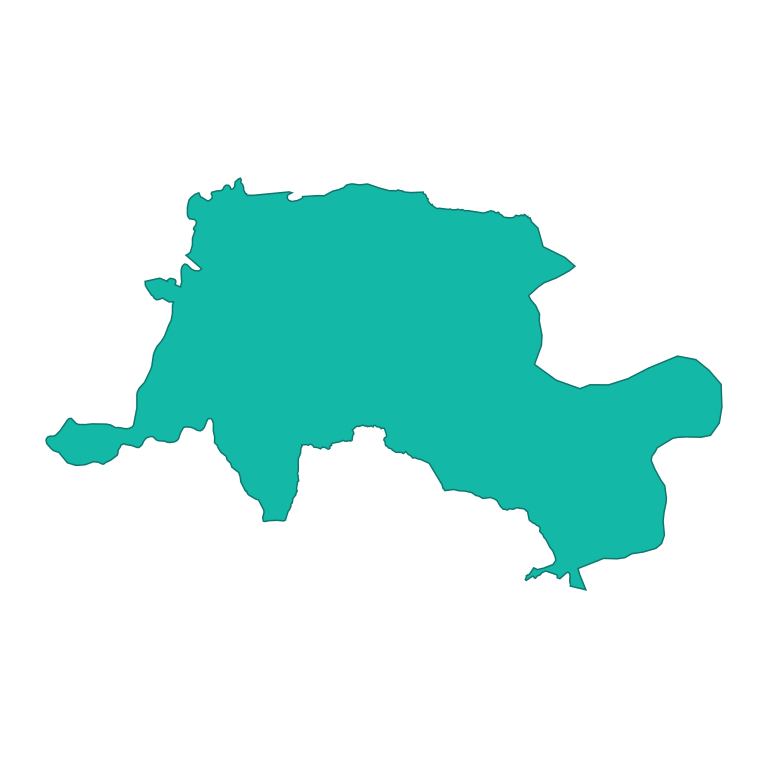 outline of Kpandai, Northern, Ghana
{"feature_id": "2480657B93484130612637", "entity_name": "Kpandai", "entity_type": "district", "adm_level": 2, "iso_a3": "GHA", "parent_name": "Ghana", "parent_adm1": "Northern", "projection": "albers", "projection_center": [-0.12, 8.387], "detail": "fine", "context": "isolated", "style": "filled", "palette": "teal", "viewbox_px": 768, "rotation_deg": 0, "n_neighbors": 0, "source": "geoboundaries", "source_scale": "gbopen_adm2", "svg_char_len": 6109}
<svg xmlns="http://www.w3.org/2000/svg" viewBox="0 0 768 768"><path d="M198.8,192.8L194.9,194.4L190.8,197.7L189.2,199.8L188.4,202.5L187.4,207.7L187.4,214.5L188.1,216.8L189.5,218.8L194.4,219.5L195.7,220.6L196.5,222.5L195.7,225.5L194.1,227.2L193.5,228.8L193.7,229.7L195.2,230.4L192.5,238.0L192.4,245.3L190.4,252.2L188.0,254.2L186.0,255.2L201.6,268.7L199.2,270.8L195.1,270.8L191.7,269.3L186.9,264.5L184.6,264.1L183.8,264.6L182.3,266.3L181.4,268.8L181.1,272.0L181.7,282.0L180.5,287.0L175.0,284.6L175.8,282.5L175.8,280.9L175.0,279.6L172.9,278.7L169.8,278.4L167.4,280.4L167.5,281.4L159.8,278.2L145.1,281.4L145.4,285.4L147.3,288.8L151.5,295.1L152.9,296.0L154.1,298.0L156.2,299.7L158.5,299.6L162.5,298.1L168.9,301.9L173.5,301.9L172.5,305.2L172.4,313.7L171.1,320.5L168.7,325.3L164.7,335.9L161.3,341.4L157.1,346.3L154.7,351.1L153.4,355.1L151.9,365.8L150.7,369.6L144.6,382.3L139.2,388.3L137.4,391.8L136.9,394.5L136.9,407.8L133.6,425.0L132.2,426.9L129.6,428.3L125.9,428.8L119.3,427.6L115.3,427.6L110.7,425.0L106.4,424.1L92.1,423.9L85.2,424.6L78.6,424.5L76.0,423.4L71.4,418.4L69.1,418.6L67.4,420.1L60.5,430.3L56.3,434.7L53.9,436.1L49.8,436.2L47.7,437.0L46.3,439.0L46.1,440.7L46.8,443.6L51.0,448.5L53.7,450.7L58.9,452.4L67.3,462.7L75.8,465.4L85.2,464.7L93.5,461.7L98.3,462.2L102.2,464.0L103.7,464.1L105.4,462.7L110.6,460.2L117.0,455.4L117.6,454.6L118.3,450.0L120.3,447.0L121.0,445.0L124.1,443.7L125.5,444.5L131.4,445.4L136.9,447.4L139.0,447.5L142.0,444.8L143.6,441.3L145.5,438.8L147.3,437.5L150.8,436.5L153.1,436.8L156.5,440.0L158.3,440.7L164.9,441.2L167.0,442.2L169.7,442.5L174.6,441.8L176.9,440.6L178.5,438.8L180.5,432.8L183.6,427.3L186.6,426.9L190.4,427.2L192.9,427.9L197.5,430.4L200.4,430.8L202.3,429.9L204.1,427.8L207.5,419.5L208.3,418.8L210.9,418.5L212.1,419.7L213.4,423.4L213.3,430.6L214.7,437.2L214.5,442.6L217.4,445.6L218.5,448.6L221.2,452.5L226.2,456.3L227.1,459.9L230.6,463.2L231.8,467.1L238.7,472.5L240.2,476.8L240.8,481.8L245.2,490.6L245.9,491.3L246.9,491.3L247.3,493.3L248.5,494.8L255.7,499.1L258.6,500.0L263.6,509.7L264.1,512.2L262.7,517.6L263.4,521.2L265.3,521.5L268.5,520.7L277.3,520.3L283.8,520.9L285.4,520.1L288.1,511.4L289.6,509.5L290.9,506.4L290.9,504.2L292.3,502.8L292.9,498.5L295.7,495.0L296.3,492.4L297.3,491.1L296.5,489.0L296.8,485.9L297.5,483.2L297.4,481.8L298.6,481.1L298.7,480.5L298.0,477.2L298.2,475.8L297.4,473.8L298.3,470.6L298.3,458.7L300.5,453.6L300.9,448.3L302.1,446.1L301.8,444.9L306.4,444.6L308.5,445.2L309.4,444.4L311.0,444.3L312.7,445.3L314.0,447.2L317.3,447.5L320.7,448.8L322.1,447.4L323.3,447.1L326.3,448.0L327.5,449.0L328.9,449.1L330.0,448.1L329.7,446.2L331.6,445.4L331.4,444.0L332.5,443.2L340.1,441.7L343.0,440.4L344.9,441.1L347.2,441.2L349.2,440.5L350.6,441.1L352.1,440.2L352.7,435.3L353.8,434.0L353.6,432.3L352.3,430.0L356.2,426.6L357.7,426.2L358.8,426.5L363.0,425.1L365.0,426.1L366.2,425.7L367.4,426.7L368.8,426.2L369.5,426.5L370.8,425.8L373.1,426.9L373.7,425.5L375.2,425.4L376.8,426.7L379.3,427.0L381.3,428.7L382.3,428.1L384.5,428.5L386.4,434.5L386.5,436.3L385.7,437.5L384.6,437.8L384.0,438.9L383.9,440.2L384.9,441.4L385.6,445.6L386.7,445.9L388.8,448.1L391.7,448.9L392.2,450.0L396.0,452.3L401.2,452.4L403.6,453.5L405.8,451.5L408.3,454.5L410.2,455.3L412.9,458.1L414.8,457.6L418.1,459.0L420.6,459.4L429.2,463.3L442.1,484.8L443.1,488.6L444.0,489.1L444.8,490.6L454.0,489.5L459.1,490.8L464.7,491.0L471.8,492.6L475.9,495.5L478.8,496.1L482.8,498.4L490.5,497.5L494.6,499.0L497.1,500.7L500.5,506.5L503.3,509.3L505.5,509.3L507.2,510.1L509.7,508.7L512.5,509.2L514.2,509.0L515.8,507.9L518.8,507.8L519.2,508.3L524.0,508.8L525.5,509.6L525.6,510.4L527.6,511.6L529.2,520.0L533.5,523.3L534.7,523.5L536.5,525.2L539.0,526.3L540.1,527.8L539.7,531.5L542.8,534.6L543.9,537.3L545.8,539.3L549.9,547.2L552.8,550.9L555.3,557.1L555.7,560.6L553.0,564.5L543.8,568.1L537.4,569.6L533.7,567.8L529.6,574.1L526.4,575.6L526.3,577.3L525.3,579.7L526.3,580.4L532.6,576.2L533.9,576.8L534.1,577.7L535.4,578.3L537.3,575.9L539.9,575.0L542.5,572.4L545.7,571.0L556.4,574.7L557.4,575.3L557.2,577.7L559.9,578.7L566.9,572.5L568.5,572.4L569.4,573.4L570.0,575.2L569.8,581.7L570.6,585.0L570.3,586.1L585.9,589.8L579.8,575.0L578.0,568.5L603.6,558.4L617.2,558.8L625.0,557.6L631.8,553.7L643.3,552.0L656.0,548.3L661.6,543.5L664.4,535.2L663.1,521.0L664.1,512.0L666.1,502.5L666.4,497.9L664.7,485.6L660.9,480.2L655.0,469.5L651.2,460.5L651.9,456.2L655.1,451.9L657.2,447.8L672.8,438.3L677.9,437.3L685.6,436.9L701.3,437.2L710.5,435.3L719.3,423.0L721.9,407.1L721.1,384.3L708.9,370.2L695.8,359.6L677.5,356.1L648.8,368.0L627.7,378.8L608.5,384.9L590.0,384.8L579.8,388.7L556.0,380.1L534.5,364.4L541.4,345.5L542.0,335.4L539.3,321.3L539.5,313.9L535.6,305.5L530.9,300.0L528.6,295.6L538.6,286.6L544.3,282.7L556.3,277.9L569.3,270.8L575.0,266.2L564.9,257.5L543.1,246.7L537.9,228.1L531.5,221.8L530.1,217.9L528.8,218.0L527.8,217.3L527.9,216.4L526.8,216.5L525.3,214.9L524.2,214.5L523.4,215.8L521.9,215.0L520.4,215.2L519.6,216.0L515.7,215.3L514.1,217.2L511.1,217.9L506.0,217.5L503.6,217.1L502.2,215.4L499.1,213.7L499.2,213.0L498.1,212.2L496.3,212.9L495.3,212.7L494.1,211.6L491.0,210.8L483.6,213.1L467.8,210.6L464.8,210.7L462.1,209.5L460.3,210.0L458.0,209.2L455.7,209.8L452.1,209.8L450.1,209.0L448.4,209.4L439.6,208.3L436.7,208.5L433.2,206.2L432.1,204.5L431.4,205.0L429.4,202.9L427.8,200.6L428.2,199.0L427.0,198.1L425.5,194.6L423.3,193.6L423.2,192.1L410.8,192.6L404.4,192.0L402.7,191.0L399.7,190.6L398.5,190.0L397.5,190.1L395.9,191.1L394.3,190.6L389.6,190.8L379.3,188.0L367.5,184.0L359.5,184.9L352.4,183.9L350.3,184.1L346.4,185.1L343.1,188.2L342.3,188.1L339.2,189.5L332.6,191.2L324.1,195.8L318.5,195.6L302.5,196.6L302.6,198.1L297.5,200.5L292.0,201.5L288.6,200.3L287.1,197.8L287.9,194.8L292.0,192.8L289.2,191.9L253.3,195.3L247.3,195.3L246.4,194.4L246.5,193.7L245.4,193.4L243.6,189.8L243.7,187.8L242.5,184.3L240.8,182.7L241.2,179.6L240.3,178.2L238.1,179.2L235.2,181.9L234.6,186.7L232.8,189.0L231.1,189.4L230.3,187.2L228.7,185.3L225.8,185.2L224.2,186.7L222.9,189.3L221.1,190.6L217.1,190.9L211.7,192.3L211.2,193.9L212.3,196.1L212.0,198.3L209.2,200.7L207.3,200.8L201.8,197.3L200.7,197.1L198.8,192.8Z" fill="#14b8a6" stroke="#0f766e" stroke-width="1.5"/></svg>